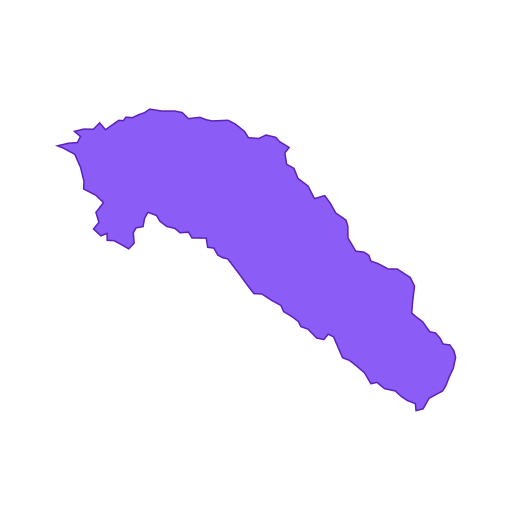 outline of Lefka, Cyprus, rotated 277°
{"feature_id": "46923920B88309634492013", "entity_name": "Lefka", "entity_type": "district", "adm_level": 2, "iso_a3": "CYP", "parent_name": "Cyprus", "parent_adm1": "", "projection": "robinson", "projection_center": [32.83, 35.094], "detail": "fine", "context": "isolated", "style": "filled", "palette": "violet", "viewbox_px": 512, "rotation_deg": 277, "n_neighbors": 0, "source": "geoboundaries", "source_scale": "gbopen_adm2", "svg_char_len": 1830}
<svg xmlns="http://www.w3.org/2000/svg" viewBox="0 0 512 512"><g transform="rotate(277 256 256)"><path d="M263.0,91.4L257.1,99.6L260.3,105.4L253.4,106.4L253.9,113.2L251.3,120.0L247.6,128.8L253.9,133.5L264.0,131.4L269.3,133.5L271.4,140.3L279.8,140.8L286.2,143.4L284.1,152.3L278.8,156.4L274.5,163.7L273.5,172.1L269.8,177.8L271.4,186.1L266.1,190.3L267.7,204.4L258.7,207.0L258.7,213.2L252.3,217.9L250.2,223.1L249.7,228.3L244.4,233.5L236.4,241.3L225.8,251.2L218.4,258.5L219.0,266.4L213.7,277.3L210.0,286.7L204.1,290.3L200.4,298.7L196.2,306.0L191.4,309.1L189.8,316.4L181.9,326.3L181.4,333.6L187.2,337.2L185.1,343.0L178.7,346.6L165.5,354.4L163.9,361.2L160.2,367.5L153.3,377.9L143.2,385.7L145.3,391.4L140.0,399.8L139.0,410.7L134.2,417.5L131.0,423.8L128.9,432.1L127.8,432.4L122.0,433.7L124.7,440.5L135.8,445.1L141.1,452.4L144.8,457.7L150.6,460.3L159.1,462.4L168.6,465.5L179.8,466.5L186.1,463.9L191.4,459.2L191.4,452.4L196.7,448.8L201.5,443.6L202.0,437.8L206.8,433.2L211.0,429.5L215.2,422.2L218.4,417.5L230.1,417.0L245.4,417.0L253.4,411.8L256.5,405.5L260.3,397.7L259.2,388.8L263.4,377.9L265.0,370.6L270.3,368.0L273.0,362.8L273.0,354.4L285.1,345.1L296.8,343.5L302.6,340.9L308.4,329.9L316.9,323.7L324.3,316.9L320.1,307.0L331.7,299.2L336.1,291.7L338.1,288.2L347.6,283.0L350.8,275.2L361.9,272.1L367.7,275.7L372.5,265.3L376.2,261.1L377.3,251.2L373.0,244.5L372.5,234.1L378.3,229.4L384.7,218.9L387.3,211.6L384.7,196.0L385.2,189.8L386.8,183.5L384.1,172.1L389.4,165.3L390.0,157.5L388.4,145.0L388.8,132.6L384.7,127.9L381.7,121.9L378.3,116.6L377.9,109.9L374.2,107.9L373.9,103.2L363.0,91.2L369.1,84.6L362.0,79.2L361.0,69.6L357.6,60.6L353.2,67.2L346.8,64.9L345.1,56.2L341.2,45.5L339.7,51.2L334.9,63.7L322.7,71.0L309.0,76.2L301.5,76.7L296.8,89.7L290.4,98.1L279.8,91.8L270.3,96.0L263.0,91.4Z" fill="#8b5cf6" stroke="#5b21b6" stroke-width="1.5"/></g></svg>